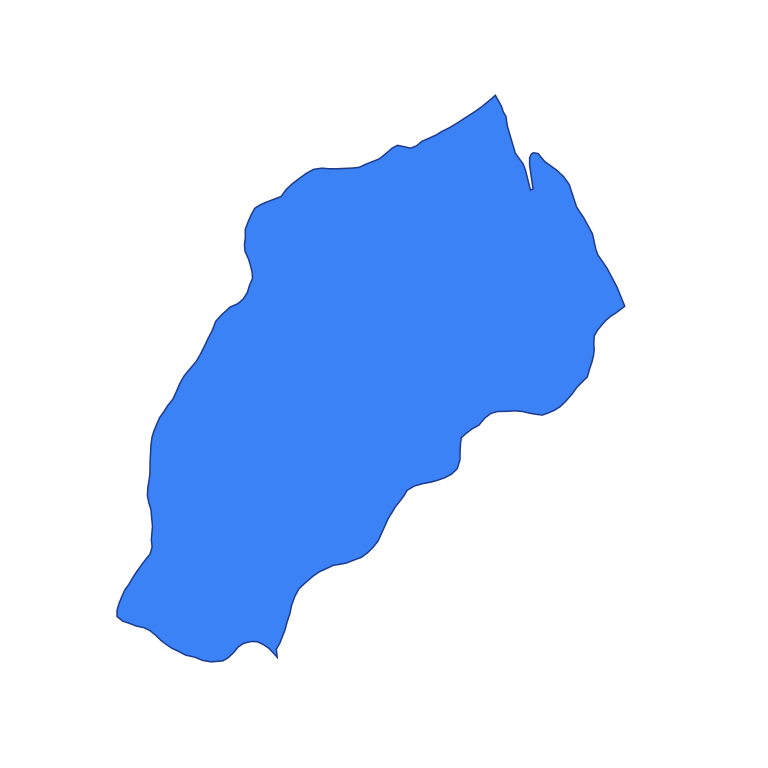 the district of II-1 Moruka/Pomeroon, Pomeroon-Supenaam, Guyana, rotated 10°
{"feature_id": "73187651B89852633315", "entity_name": "II-1 Moruka/Pomeroon", "entity_type": "district", "adm_level": 2, "iso_a3": "GUY", "parent_name": "Guyana", "parent_adm1": "Pomeroon-Supenaam", "projection": "mercator", "projection_center": [-58.911, 7.285], "detail": "fine", "context": "isolated", "style": "filled", "palette": "blue", "viewbox_px": 768, "rotation_deg": 10, "n_neighbors": 0, "source": "geoboundaries", "source_scale": "gbopen_adm2", "svg_char_len": 2779}
<svg xmlns="http://www.w3.org/2000/svg" viewBox="0 0 768 768"><g transform="rotate(10 384 384)"><path d="M607.6,265.6L596.6,248.1L585.4,233.6L583.5,231.2L572.3,219.8L569.4,214.9L563.2,199.9L551.9,185.7L543.0,176.4L533.8,159.2L531.9,155.5L525.0,148.7L516.7,143.3L503.5,136.9L495.8,130.3L491.1,130.3L489.2,131.8L488.1,135.9L489.4,143.3L496.9,166.0L494.6,167.6L486.1,148.7L482.6,142.9L473.3,134.0L460.7,108.6L457.6,99.2L454.3,95.5L451.4,90.0L443.5,80.3L440.9,83.6L435.9,89.6L431.8,94.3L425.5,100.6L417.9,107.6L411.1,114.0L404.2,120.0L396.9,125.4L392.0,129.8L379.1,138.5L374.8,143.7L369.2,147.2L362.9,146.8L355.8,146.6L350.9,150.5L346.7,155.7L340.3,163.1L328.1,170.6L321.8,175.0L315.5,176.8L299.4,180.4L292.3,181.6L285.4,182.2L277.3,184.9L270.8,190.1L263.9,197.3L258.9,202.7L253.8,209.6L250.1,217.2L237.1,225.0L231.2,228.9L226.2,233.4L223.7,240.8L222.2,247.1L220.5,255.7L222.1,264.5L222.3,270.7L224.1,277.6L229.0,284.6L231.9,290.5L234.6,296.6L236.2,302.7L234.5,309.8L233.5,317.7L230.7,324.5L226.2,330.2L219.0,335.0L215.1,340.2L211.3,345.1L207.4,351.5L205.5,361.3L202.9,369.5L200.9,376.8L198.0,386.6L195.4,393.8L192.1,399.7L188.7,405.4L185.6,411.1L182.8,419.1L180.8,427.7L178.8,435.4L174.6,443.1L172.0,449.5L168.8,456.3L167.3,462.5L165.5,470.6L164.8,476.7L165.1,484.8L166.1,492.7L166.9,499.6L169.0,512.8L169.3,519.0L169.4,527.0L170.4,535.2L173.0,541.8L176.4,548.4L178.2,555.4L180.7,564.2L181.9,577.7L183.9,584.7L183.2,592.0L179.9,597.9L176.6,604.4L172.9,612.0L170.1,618.7L167.4,626.0L164.6,631.5L162.9,638.1L161.1,646.5L160.4,652.9L161.4,659.3L167.8,662.9L175.2,664.0L182.0,665.4L190.0,665.7L196.3,667.5L202.5,670.9L209.4,675.6L215.2,678.5L221.1,681.1L228.7,683.2L235.6,685.4L245.2,685.9L253.4,687.7L261.8,687.7L267.6,686.2L273.5,684.6L278.3,680.4L282.8,674.2L285.8,668.6L290.7,663.8L298.0,660.6L303.9,659.8L310.3,661.5L316.4,664.2L322.0,668.3L326.3,671.7L324.0,663.9L326.5,656.9L327.8,650.3L329.2,643.6L330.0,634.4L331.2,626.5L331.4,618.1L333.1,608.5L335.7,600.7L339.7,595.2L343.7,590.2L347.5,585.5L352.8,580.3L365.5,571.4L372.1,569.1L378.0,566.9L384.5,562.9L391.7,558.7L397.0,553.2L401.8,546.4L405.3,539.9L407.6,531.3L409.5,523.7L411.5,515.8L414.1,509.4L416.6,502.7L420.4,495.9L423.1,490.4L425.2,484.7L431.7,479.1L439.8,475.3L447.2,472.5L453.5,469.5L460.6,465.4L466.3,460.9L470.8,454.7L472.0,445.6L470.7,437.6L469.7,429.7L469.4,423.6L473.1,418.8L478.5,412.9L484.6,408.0L489.3,399.9L494.4,394.4L500.5,391.4L508.7,389.8L517.3,387.8L525.4,387.0L532.5,387.5L539.2,387.4L545.3,387.1L550.9,383.9L556.2,380.4L561.2,376.0L566.3,369.0L571.1,360.9L574.9,353.1L579.2,347.1L583.0,341.7L583.9,333.1L584.9,326.7L585.4,320.1L585.1,313.7L583.6,307.8L582.7,300.2L585.0,293.8L588.2,288.1L591.5,282.8L595.3,278.1L600.2,273.6L607.6,265.6Z" fill="#3b82f6" stroke="#1e3a8a" stroke-width="1.5"/></g></svg>